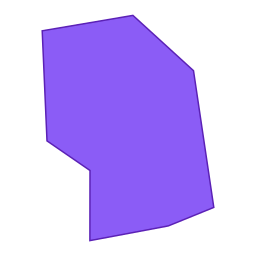 Zalaegerszeg, Albers equal-area conic projection
{"feature_id": "HUN-4910", "entity_name": "Zalaegerszeg", "entity_type": "Urban county", "adm_level": 1, "iso_a3": "HUN", "parent_name": "Hungary", "parent_adm1": "", "projection": "albers", "projection_center": [16.838, 46.845], "detail": "fine", "context": "isolated", "style": "filled", "palette": "violet", "viewbox_px": 256, "rotation_deg": 0, "n_neighbors": 0, "source": "natural_earth", "source_scale": "10m", "svg_char_len": 232}
<svg xmlns="http://www.w3.org/2000/svg" viewBox="0 0 256 256"><path d="M132.9,15.4L193.5,70.7L213.8,207.4L168.3,225.9L89.9,240.6L90.0,170.5L47.0,140.9L42.2,30.8L132.9,15.4Z" fill="#8b5cf6" stroke="#5b21b6" stroke-width="1.5"/></svg>